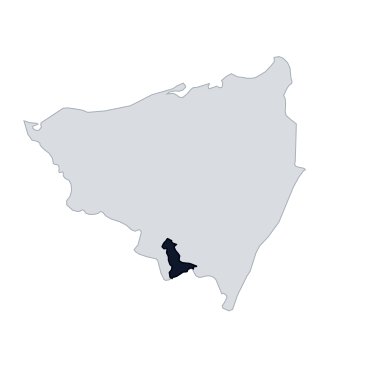 where Madriz sits in Nicaragua, rotated 250°
{"feature_id": "NIC-665", "entity_name": "Madriz", "entity_type": "Department", "adm_level": 1, "iso_a3": "NIC", "parent_name": "Nicaragua", "parent_adm1": "", "projection": "robinson", "projection_center": [-86.499, 13.43], "detail": "fine", "context": "in_parent", "style": "filled", "palette": "ink", "viewbox_px": 384, "rotation_deg": 250, "n_neighbors": 0, "source": "natural_earth", "source_scale": "10m", "svg_char_len": 3363}
<svg xmlns="http://www.w3.org/2000/svg" viewBox="0 0 384 384"><g transform="rotate(250 192 192)"><path d="M316.3,58.4L314.8,60.7L313.1,62.2L309.6,69.8L308.4,70.4L308.2,64.9L306.1,64.1L303.6,66.1L302.3,69.0L304.4,72.7L306.3,72.7L308.6,73.8L314.8,99.5L313.5,104.1L309.7,111.3L306.1,117.4L302.5,121.2L298.1,137.4L294.1,163.7L297.1,187.5L295.6,209.3L296.9,214.5L297.3,221.0L294.3,222.1L292.7,221.9L290.9,218.0L291.1,214.5L292.9,210.4L293.6,204.9L292.7,202.0L291.0,208.3L287.9,211.1L285.9,212.1L283.9,215.3L286.0,221.3L288.7,225.7L289.6,228.8L288.6,232.6L288.0,245.4L287.1,245.0L286.1,243.3L283.2,243.2L282.9,248.3L283.1,251.2L280.7,253.4L279.9,255.7L281.9,257.2L284.0,258.2L286.7,257.9L289.0,264.3L289.7,269.4L284.6,274.2L282.8,278.1L279.9,282.9L278.3,287.6L277.8,291.0L279.8,301.7L283.4,309.2L286.4,314.0L290.4,315.1L289.4,320.2L286.5,323.4L281.0,326.0L275.0,326.5L265.3,324.0L261.3,323.7L259.7,322.4L259.2,319.9L256.4,316.1L251.3,311.1L248.3,311.5L243.5,310.4L235.5,307.0L231.7,306.6L226.4,309.5L220.3,313.3L205.3,307.4L194.8,303.2L185.4,299.4L182.9,297.9L180.8,298.3L179.1,300.2L177.0,303.7L176.4,304.7L175.3,305.7L174.0,306.0L174.0,304.3L169.4,297.4L162.0,289.0L134.0,263.4L123.7,248.1L118.1,237.0L112.9,231.3L97.7,219.6L94.2,214.9L79.2,199.2L67.8,190.0L67.7,186.1L72.4,181.2L74.7,181.4L77.2,184.9L81.2,188.9L83.1,188.9L86.0,187.1L86.0,185.2L101.4,184.5L104.1,183.4L106.9,180.5L108.3,176.5L108.6,172.6L109.2,169.8L111.6,167.1L116.1,166.3L119.6,166.0L120.6,164.2L119.6,158.3L117.7,143.9L117.3,139.9L118.0,136.9L119.4,135.8L126.2,135.1L139.0,136.3L141.5,135.4L146.7,127.3L151.5,121.3L154.9,118.6L157.6,117.8L160.7,123.1L171.6,130.7L173.4,130.3L174.5,129.8L174.8,128.7L174.6,125.2L177.4,122.0L183.0,119.2L188.6,114.1L194.3,106.8L199.3,102.6L203.4,101.3L205.0,99.3L204.0,96.6L204.4,92.8L206.0,87.9L208.4,85.0L211.6,84.2L212.9,82.7L212.2,80.3L212.8,77.8L215.7,73.6L222.6,69.9L226.5,71.2L229.8,76.0L234.4,79.3L240.4,81.0L245.0,80.4L248.3,77.4L251.3,76.5L253.9,77.7L255.3,77.0L255.4,74.4L256.8,73.8L259.4,75.2L261.7,75.6L263.7,74.9L264.5,73.7L264.9,72.4L266.3,71.4L271.5,72.4L277.3,70.9L283.7,67.0L287.9,65.3L290.0,65.7L292.6,63.8L295.5,59.4L302.2,57.5L316.3,58.4Z" fill="#d9dde1" stroke="#a8b0b8" stroke-width="1"/><path d="M119.4,167.0L119.8,166.7L120.6,165.9L121.0,165.1L121.1,164.1L120.8,162.3L120.7,161.9L120.3,161.1L119.9,160.8L119.5,160.7L119.2,160.5L119.0,159.9L119.1,159.0L119.8,157.2L119.9,156.2L118.1,148.7L118.1,147.6L118.4,145.6L118.4,144.6L118.2,144.2L117.7,143.8L118.1,143.4L118.6,142.8L118.7,142.6L119.0,142.3L120.2,142.4L124.1,143.2L125.2,145.0L125.4,145.5L125.9,146.1L126.5,146.6L127.4,147.0L128.1,147.4L128.7,148.1L129.6,147.6L130.2,147.0L131.4,146.6L132.0,146.5L135.9,146.6L139.0,147.7L140.8,147.7L143.1,147.4L143.7,147.5L144.6,147.8L145.6,148.5L147.3,149.3L147.8,148.6L148.1,146.8L148.3,146.4L148.5,146.2L149.7,145.6L150.8,145.2L152.7,147.0L153.1,147.5L153.7,148.2L154.9,150.6L156.5,152.9L156.0,153.6L153.9,155.5L153.3,156.1L152.7,155.8L151.9,155.9L151.0,156.0L150.1,156.9L148.1,159.3L147.6,158.5L147.1,157.1L146.9,156.7L145.8,156.3L142.8,156.5L138.5,158.0L136.2,158.5L133.8,157.2L133.0,156.8L132.5,156.6L131.0,156.8L128.8,158.9L126.5,163.4L126.1,164.5L125.0,166.1L120.4,171.3L120.9,169.5L120.9,169.4L121.0,169.0L121.1,168.6L121.0,168.2L120.8,167.6L120.5,167.4L119.5,167.1L119.4,167.0Z" fill="#0f172a" stroke="#020617" stroke-width="1.5"/></g></svg>